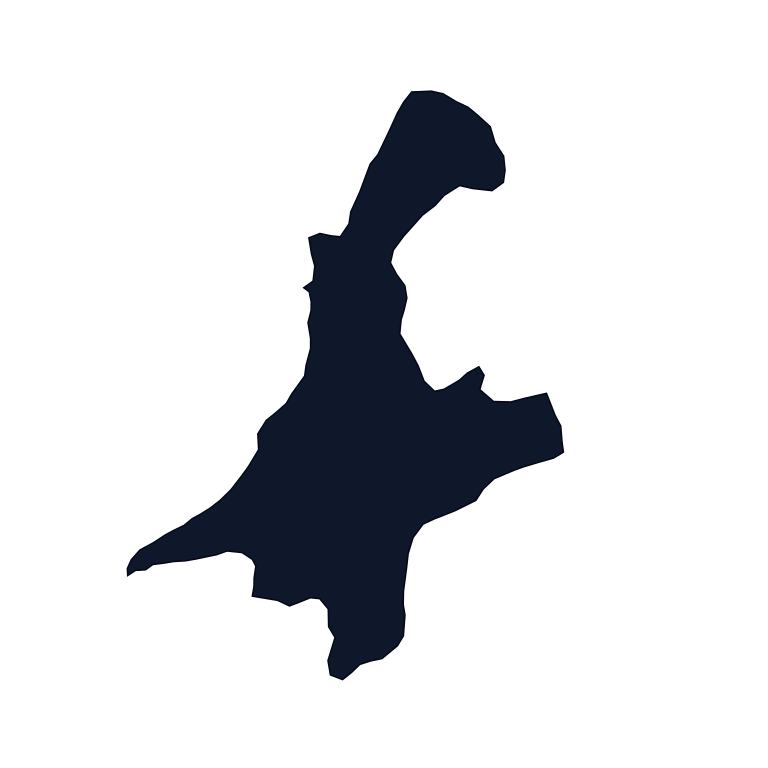 Limnia, Cyprus, rotated 197°
{"feature_id": "46923920B85062050143920", "entity_name": "Limnia", "entity_type": "district", "adm_level": 2, "iso_a3": "CYP", "parent_name": "Cyprus", "parent_adm1": "", "projection": "orthographic", "projection_center": [33.856, 35.188], "detail": "fine", "context": "isolated", "style": "filled", "palette": "ink", "viewbox_px": 768, "rotation_deg": 197, "n_neighbors": 0, "source": "geoboundaries", "source_scale": "gbopen_adm2", "svg_char_len": 1908}
<svg xmlns="http://www.w3.org/2000/svg" viewBox="0 0 768 768"><g transform="rotate(197 384 384)"><path d="M447.9,142.6L422.5,146.0L409.5,144.1L401.2,150.6L391.9,158.1L382.7,159.9L371.5,152.5L366.0,135.7L356.7,127.3L356.7,117.1L356.7,103.1L350.2,90.1L337.2,89.2L330.8,98.5L325.2,108.7L315.9,115.2L305.7,120.8L294.6,137.6L291.8,148.8L296.4,169.2L301.1,178.6L304.8,191.6L308.5,213.9L311.3,228.8L311.3,245.6L305.7,261.4L296.4,269.8L288.1,276.3L278.8,283.8L262.1,299.6L258.4,312.6L251.0,325.7L234.3,339.6L226.9,345.2L215.7,352.7L200.0,362.9L192.5,371.3L197.2,381.6L202.7,395.5L211.1,403.9L225.9,422.6L245.4,411.4L257.5,403.9L274.1,399.3L290.8,406.7L290.8,421.6L298.3,428.2L307.5,418.8L313.1,409.5L325.1,396.5L333.5,391.8L346.5,398.4L356.7,411.4L366.0,420.7L374.3,428.2L383.6,436.6L386.4,450.5L386.4,460.8L387.3,472.9L392.8,484.1L404.0,492.5L413.3,501.8L414.2,514.8L408.6,530.7L403.0,542.8L396.6,556.7L387.3,569.8L381.7,581.9L369.7,595.9L356.7,596.8L337.2,600.5L328.8,611.7L330.7,623.8L336.2,636.9L348.3,647.1L357.6,661.1L373.4,668.6L384.5,673.2L397.5,675.1L412.3,678.8L424.4,677.9L435.6,673.9L442.9,671.4L447.6,659.3L450.4,647.1L453.1,626.6L456.9,601.5L461.5,590.3L462.4,575.4L463.3,560.5L466.1,539.0L464.3,526.9L468.9,512.0L478.2,510.2L489.3,509.2L498.6,501.8L491.2,486.9L484.7,476.6L481.9,461.7L488.9,452.6L482.4,450.2L477.6,441.2L475.2,432.9L474.6,420.4L467.5,406.1L464.6,396.5L464.0,379.2L462.2,368.5L469.3,347.6L471.7,336.9L479.4,324.4L485.9,314.9L490.1,299.4L484.7,284.5L489.5,265.4L493.0,255.2L499.5,238.0L506.7,224.8L513.8,214.7L521.5,205.8L528.0,199.2L533.9,190.3L541.7,183.1L548.8,176.0L558.3,164.6L568.9,153.9L574.3,142.0L575.5,132.5L573.1,125.9L567.1,133.1L557.7,136.6L552.3,143.8L541.6,148.6L533.3,152.7L522.1,156.9L512.6,161.7L501.9,167.6L494.2,171.8L485.3,178.4L470.5,181.3L458.6,177.8L453.3,172.4L451.5,160.5L449.1,152.2L447.9,142.6Z" fill="#0f172a" stroke="#020617" stroke-width="1.5"/></g></svg>